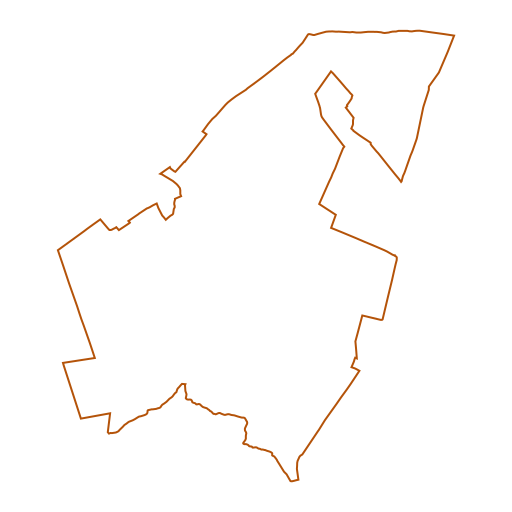 Campineanca, Vrancea, Romania
{"feature_id": "2599482B2575686950716", "entity_name": "Campineanca", "entity_type": "district", "adm_level": 2, "iso_a3": "ROU", "parent_name": "Romania", "parent_adm1": "Vrancea", "projection": "robinson", "projection_center": [27.139, 45.713], "detail": "fine", "context": "isolated", "style": "outline", "palette": "amber", "viewbox_px": 512, "rotation_deg": 0, "n_neighbors": 0, "source": "geoboundaries", "source_scale": "gbopen_adm2", "svg_char_len": 6031}
<svg xmlns="http://www.w3.org/2000/svg" viewBox="0 0 512 512"><path d="M302.3,454.5L318.0,431.1L318.8,430.0L324.9,420.2L336.4,404.1L341.1,397.3L346.8,389.5L350.5,384.2L359.4,370.8L356.5,369.2L354.9,368.4L351.5,367.2L353.0,363.7L353.8,361.8L354.2,360.6L354.4,359.7L354.6,359.1L355.2,357.7L356.8,358.4L356.3,351.6L356.0,348.0L355.4,341.4L357.6,333.3L362.3,315.5L362.8,315.6L380.8,319.9L381.9,319.9L382.6,319.4L387.8,297.5L392.0,280.2L394.6,268.6L395.7,263.9L396.7,260.1L396.8,257.7L396.6,257.1L395.8,256.3L394.8,255.8L394.8,255.3L393.8,255.2L392.5,254.7L391.0,253.8L387.0,251.5L384.3,250.2L380.6,248.6L376.0,246.6L364.5,241.8L355.4,237.9L341.7,232.2L331.1,227.9L335.8,214.8L333.3,213.2L319.2,204.0L329.1,181.7L331.2,177.4L332.7,173.5L335.0,168.8L339.7,156.5L343.1,148.2L344.3,146.7L343.7,145.9L342.9,145.0L341.5,143.1L334.2,133.6L330.6,128.9L323.7,119.7L322.0,117.3L321.4,116.0L321.0,114.4L320.4,110.2L320.0,107.7L319.8,107.2L319.5,106.0L318.1,101.8L316.7,98.0L315.2,93.8L317.0,91.3L329.9,73.0L331.0,71.4L333.0,73.3L335.8,76.5L340.4,81.7L346.1,88.4L348.6,91.1L350.4,93.3L351.8,94.6L352.4,95.4L351.8,97.1L351.6,98.5L350.1,100.8L348.0,103.8L347.0,105.0L346.9,105.4L347.3,106.1L347.3,106.3L345.8,107.6L353.6,117.8L353.1,119.8L353.0,120.6L353.0,124.0L352.7,125.3L352.1,126.7L351.3,128.6L353.3,130.4L353.4,130.8L359.5,135.3L363.2,137.8L366.7,140.1L370.7,142.8L370.7,144.2L371.8,145.8L372.9,147.1L376.5,151.4L378.2,153.2L379.9,155.3L388.4,166.0L394.9,174.1L398.4,178.3L400.5,181.0L401.1,181.9L401.6,181.3L402.4,178.2L402.9,176.3L403.3,175.3L404.3,173.2L405.2,170.8L406.9,165.9L409.8,157.6L410.5,155.6L412.0,152.1L412.8,150.0L416.5,139.4L416.9,138.0L423.2,107.6L423.7,105.8L428.8,89.9L428.9,86.5L438.9,72.5L447.7,51.9L454.1,35.6L443.5,34.0L431.7,32.4L419.6,30.7L416.2,30.8L413.7,31.1L412.0,31.4L409.6,31.3L407.6,30.9L403.6,30.9L398.5,30.9L396.1,31.5L392.7,31.6L390.1,32.1L388.9,32.5L384.7,33.0L383.0,32.8L381.1,32.3L377.2,31.9L372.3,31.8L368.1,31.8L364.8,32.1L361.1,32.5L356.1,32.5L352.4,32.0L350.0,32.3L338.8,31.6L336.1,31.7L332.6,31.4L328.7,31.5L326.1,31.7L321.6,32.9L320.2,33.3L318.0,33.9L314.4,35.0L313.2,35.0L310.9,34.4L309.4,34.1L308.5,34.2L308.0,34.5L302.6,42.8L300.1,45.4L298.3,47.4L296.0,50.1L294.8,51.3L292.8,53.7L291.4,54.3L291.0,54.9L287.3,57.5L283.8,60.2L279.5,63.7L270.7,70.8L263.2,76.7L255.2,82.7L247.5,88.3L245.9,89.8L236.1,96.1L231.5,99.5L227.8,102.5L225.5,104.8L222.7,108.0L215.9,115.8L212.3,119.0L208.2,123.9L203.7,130.1L202.6,131.5L206.5,134.2L205.7,135.4L184.8,161.9L184.4,161.7L183.5,162.7L175.4,171.8L174.4,171.4L170.5,168.5L169.9,167.1L160.3,173.8L162.0,174.4L164.9,176.2L167.6,177.8L172.9,181.0L176.5,184.0L177.9,185.5L179.9,188.2L180.3,190.3L180.3,194.1L181.1,196.2L175.0,198.8L175.1,199.5L174.6,201.1L174.3,202.4L174.2,204.2L174.7,205.9L174.7,207.3L173.8,209.1L173.1,213.8L172.3,214.7L170.5,215.7L167.6,218.1L165.8,219.8L164.0,217.5L162.2,215.5L158.4,208.1L156.7,203.5L153.0,205.3L149.6,207.3L147.8,208.1L146.9,208.4L139.3,213.4L138.2,214.3L128.4,221.0L129.9,222.6L129.7,222.9L126.9,224.8L118.9,230.1L116.3,227.2L114.8,228.2L113.8,228.6L111.6,229.8L110.6,230.0L109.4,230.0L108.0,228.5L105.2,225.2L100.3,219.4L93.0,224.6L87.2,228.8L84.2,231.1L78.3,235.4L57.9,250.2L62.8,264.6L69.0,283.2L77.1,306.2L79.2,312.7L81.3,319.0L83.8,325.8L89.9,343.2L91.7,348.6L94.8,358.0L85.0,359.5L81.1,360.1L63.0,362.9L63.7,365.4L80.9,418.6L110.1,413.3L107.8,432.2L109.0,433.6L110.5,433.0L112.0,433.1L115.9,432.5L117.4,431.8L118.5,431.2L119.6,429.9L122.8,426.8L124.4,425.0L126.5,423.6L128.4,422.1L129.3,421.6L130.4,421.2L132.7,420.3L134.8,419.2L135.9,418.5L137.8,417.3L139.0,416.6L141.0,416.2L142.6,415.7L144.2,415.2L145.7,414.6L146.8,413.8L147.3,413.0L147.5,412.0L147.6,410.7L148.0,410.2L148.8,410.0L150.6,409.6L151.8,409.3L153.0,409.3L154.5,409.1L156.1,408.9L157.0,408.6L157.4,408.4L158.3,408.2L159.7,407.8L160.6,407.1L161.3,405.9L162.3,404.7L164.2,403.5L166.5,401.8L169.4,398.8L171.3,397.5L172.3,396.7L173.1,395.7L174.0,394.4L175.3,392.9L176.1,392.4L176.4,392.1L176.7,391.1L177.3,389.2L178.1,388.1L179.1,387.1L180.8,385.1L182.0,383.9L185.4,384.2L185.0,385.3L185.2,388.1L185.4,391.0L186.1,393.0L186.5,394.2L186.3,395.8L185.8,398.1L185.9,398.4L186.2,398.7L186.7,399.2L187.5,399.5L188.3,399.6L189.8,399.5L190.9,399.7L191.6,400.3L191.9,400.9L192.4,402.3L192.8,402.5L193.9,402.9L194.7,403.1L195.3,403.4L195.7,403.7L196.0,404.1L196.2,404.3L196.7,404.4L197.4,404.3L198.2,404.1L199.0,404.0L200.2,404.5L201.3,405.7L202.1,406.4L202.9,407.0L204.6,407.6L206.7,408.2L207.1,408.5L207.8,409.1L208.5,409.6L209.2,410.0L209.7,410.6L210.2,411.1L210.6,411.2L211.3,411.6L212.3,412.6L212.7,413.2L213.2,413.6L213.6,413.9L214.4,413.9L214.9,414.0L215.6,414.3L216.1,414.2L217.6,413.5L218.5,413.1L219.3,413.0L219.9,413.0L220.5,413.3L221.3,413.7L222.0,414.0L224.2,414.8L225.0,414.9L225.9,414.7L227.3,414.3L228.1,414.2L228.8,414.2L229.8,414.4L230.5,414.7L231.6,415.0L234.0,415.3L235.1,415.6L237.5,416.4L241.4,417.5L242.1,417.6L243.3,417.6L244.0,417.7L244.9,418.2L245.8,419.7L246.5,421.0L246.9,421.5L247.2,422.5L247.1,423.8L246.3,425.4L245.8,426.5L245.2,427.8L244.9,428.7L244.9,429.5L245.0,430.6L245.6,431.5L246.0,432.3L246.3,433.2L246.1,434.3L245.9,435.3L245.8,437.3L245.9,438.2L245.5,439.7L244.7,440.9L244.0,441.9L243.4,442.6L243.2,443.3L243.5,443.8L244.3,444.1L245.3,444.1L246.3,444.2L247.7,444.7L248.6,445.4L249.0,446.0L249.5,446.3L250.3,446.4L251.3,446.5L251.9,446.7L252.3,447.2L252.5,447.5L252.8,447.6L253.2,447.6L253.9,447.5L254.9,447.4L255.3,447.3L256.5,447.4L257.1,447.7L257.8,448.2L258.5,448.6L259.8,448.8L260.7,449.2L261.2,449.5L261.9,449.6L262.6,449.5L263.9,449.8L264.4,450.0L265.0,450.0L267.0,450.8L269.0,451.4L270.1,451.8L271.1,452.3L271.9,452.9L272.2,453.3L272.2,453.7L272.2,454.9L272.2,455.4L272.5,455.6L273.0,455.9L274.0,456.3L274.5,456.7L275.0,457.4L275.6,458.1L276.8,459.8L277.3,460.9L279.0,463.6L284.0,471.7L286.6,474.3L289.2,478.9L290.5,481.1L291.9,481.3L294.1,480.8L295.9,480.3L298.4,479.7L296.9,468.9L297.1,465.8L297.2,462.8L297.6,460.9L298.6,458.7L299.5,456.7L300.5,455.6L302.3,454.5Z" fill="none" stroke="#b45309" stroke-width="2"/></svg>